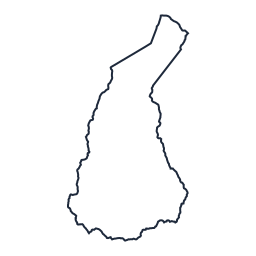 Chorrochó, Bahia, Brazil
{"feature_id": "56859067B48761296402275", "entity_name": "Chorrochó", "entity_type": "district", "adm_level": 2, "iso_a3": "BRA", "parent_name": "Brazil", "parent_adm1": "Bahia", "projection": "albers", "projection_center": [-39.189, -9.189], "detail": "fine", "context": "isolated", "style": "outline", "palette": "slate", "viewbox_px": 256, "rotation_deg": 0, "n_neighbors": 0, "source": "geoboundaries", "source_scale": "gbopen_adm2", "svg_char_len": 5849}
<svg xmlns="http://www.w3.org/2000/svg" viewBox="0 0 256 256"><path d="M160.8,15.6L160.7,16.6L160.6,17.4L160.4,18.1L159.8,20.1L159.5,21.1L159.2,21.9L159.1,22.6L158.4,24.4L158.0,25.1L157.4,25.8L156.8,26.4L156.7,27.4L156.5,28.5L156.1,29.6L150.9,43.3L145.4,46.7L111.3,66.9L110.7,67.5L111.0,69.0L111.9,69.9L112.3,71.1L112.1,72.2L111.9,74.5L111.9,76.1L112.1,76.9L112.2,77.9L112.0,78.9L110.6,81.5L110.4,82.2L110.0,82.8L109.4,83.4L108.6,83.9L108.2,85.0L108.2,86.2L108.4,87.3L108.4,88.3L108.2,89.1L107.2,89.5L106.2,90.0L105.5,90.9L104.5,91.8L103.8,92.3L103.1,92.4L102.2,93.0L101.4,93.9L99.9,96.3L99.7,97.4L99.5,98.7L98.5,101.0L97.8,103.3L97.3,104.3L97.1,104.9L96.8,106.4L96.7,107.4L96.8,108.4L95.8,108.8L95.3,109.5L94.8,110.4L94.3,111.1L93.9,112.0L93.5,113.1L93.6,114.3L93.4,115.4L92.6,116.2L92.5,117.2L92.9,118.0L93.1,118.8L92.8,119.7L92.0,120.0L90.5,120.3L89.8,121.3L89.3,122.4L88.8,123.3L88.4,124.8L88.2,125.7L88.6,126.3L88.8,127.3L88.9,128.3L88.7,129.5L88.4,130.8L88.8,131.6L88.7,133.3L88.4,134.0L87.8,134.4L86.9,135.2L86.5,136.3L85.9,136.9L86.3,137.9L86.6,139.0L86.9,139.9L87.5,140.9L88.1,141.7L88.0,142.5L87.6,143.3L87.5,144.3L87.9,145.4L87.9,146.5L88.2,147.3L88.5,148.3L88.6,149.4L88.6,150.6L89.4,151.8L89.2,152.5L88.5,152.8L87.8,153.1L87.5,154.2L88.0,155.2L87.5,156.0L87.0,157.3L86.7,158.3L85.8,158.9L84.9,159.4L83.7,159.7L81.8,159.9L81.2,160.4L81.2,161.1L80.7,162.0L80.2,162.8L80.9,164.8L80.0,165.9L79.5,167.1L79.0,167.9L78.6,168.6L77.6,169.4L77.2,170.2L77.3,171.2L77.6,171.8L77.8,172.5L77.9,173.3L78.1,174.1L78.2,175.1L78.0,176.2L78.2,177.0L78.5,177.7L78.4,178.6L78.1,179.5L77.4,181.3L77.3,182.4L76.7,184.1L76.8,185.0L77.6,186.6L77.7,187.7L77.6,188.8L77.7,189.8L78.0,191.0L77.4,193.0L77.0,193.7L76.4,194.2L75.2,194.4L74.0,194.6L72.8,195.0L70.9,194.4L70.3,194.8L70.1,195.7L69.6,196.4L69.5,197.4L69.5,198.2L68.9,198.7L68.5,199.8L68.7,200.9L68.6,201.6L68.3,202.3L68.3,203.7L68.0,204.8L68.0,205.8L68.0,206.9L68.6,207.7L69.5,208.0L70.1,208.7L70.4,209.6L70.7,210.4L70.8,211.2L71.8,212.2L72.5,213.2L73.3,213.6L74.2,214.1L76.2,215.7L76.1,216.7L75.9,217.4L75.5,218.0L75.9,218.6L75.6,219.6L75.9,220.6L76.5,221.8L77.1,222.4L77.2,223.9L78.1,224.6L79.1,224.3L79.9,224.5L80.8,224.2L81.6,224.3L82.4,224.2L83.2,225.0L83.8,226.2L84.5,227.2L85.1,227.8L85.9,228.5L86.4,229.4L87.1,230.1L87.7,231.0L88.0,231.7L88.4,232.4L89.0,233.2L89.7,232.3L90.5,231.7L91.3,231.5L91.7,230.8L91.8,230.0L92.4,229.6L93.2,229.6L94.1,229.8L94.8,229.2L95.9,228.4L98.6,229.1L99.3,229.5L100.0,230.0L100.8,230.8L101.6,231.5L102.0,232.4L103.0,234.0L103.6,234.3L104.2,234.9L104.8,235.6L105.4,236.0L106.4,236.9L106.8,237.9L107.8,238.1L108.5,238.0L109.6,237.5L110.6,237.2L110.9,238.0L111.4,238.5L112.1,239.4L112.8,239.1L114.6,238.6L115.5,238.6L117.3,238.2L118.2,238.1L119.3,238.0L120.4,238.1L121.0,238.4L121.8,238.2L122.6,238.3L123.3,238.8L123.8,239.3L124.3,240.0L125.1,240.6L126.3,240.2L127.6,239.8L128.4,239.3L129.5,239.4L130.8,239.2L132.3,239.3L133.4,238.7L134.5,238.9L135.3,239.3L136.4,239.3L137.0,238.9L137.6,238.2L138.3,237.6L139.4,237.0L140.4,236.5L140.9,235.6L140.6,234.6L140.7,233.5L141.1,232.5L142.0,231.8L142.3,230.9L142.6,230.0L143.3,229.7L144.6,229.8L145.7,229.7L146.2,228.5L147.0,228.5L147.7,228.8L148.9,228.7L150.0,228.2L151.0,228.3L152.0,228.1L153.0,228.0L154.1,228.0L154.7,227.5L155.3,226.5L156.1,226.3L157.4,223.6L157.8,222.6L158.1,221.6L158.9,221.2L159.8,220.5L160.9,220.3L161.8,220.3L162.9,220.8L163.6,221.6L164.1,222.4L164.8,221.9L165.6,221.6L166.5,221.5L166.9,220.6L168.0,220.3L168.8,220.5L169.4,221.0L169.9,221.8L170.8,221.5L171.7,221.1L172.8,221.4L173.7,221.7L174.7,221.6L175.3,222.5L176.1,222.1L176.7,221.6L177.0,220.7L177.1,219.5L177.8,218.8L178.4,218.1L179.0,217.3L178.8,216.5L178.8,215.7L179.2,214.9L179.5,213.6L180.3,212.8L180.4,211.8L180.2,211.0L180.2,210.3L180.2,208.9L180.2,207.7L180.8,206.8L181.0,206.0L181.4,205.2L181.3,204.2L181.9,203.6L182.7,203.7L183.5,203.5L183.5,202.6L183.8,201.8L184.0,200.7L184.5,200.0L185.2,199.5L185.4,198.5L185.7,197.5L186.2,196.9L186.9,196.0L186.7,194.9L187.1,194.0L187.6,193.2L187.5,192.2L186.9,191.2L186.5,190.3L185.9,189.5L184.9,188.7L184.0,188.3L183.7,187.4L183.7,186.6L183.6,185.8L183.8,184.9L183.3,184.2L182.3,182.7L181.3,182.5L180.6,181.7L180.1,180.6L180.1,179.5L179.6,178.6L179.0,177.6L178.3,176.8L177.9,175.3L177.3,174.3L176.4,172.1L175.8,171.5L175.2,171.0L173.4,169.3L172.8,168.5L171.6,168.6L170.6,168.6L170.5,167.7L169.9,167.0L169.6,166.3L169.0,164.8L168.9,163.7L168.1,162.8L167.4,160.7L167.1,159.9L166.9,158.8L166.7,158.0L166.2,157.1L165.3,155.5L165.3,154.6L165.3,153.7L164.9,152.8L164.0,151.5L163.6,150.7L163.9,149.9L164.0,148.9L163.9,147.8L163.5,147.1L163.0,144.0L162.5,143.4L161.9,142.9L161.2,141.9L161.0,141.1L161.2,139.0L160.2,138.2L158.7,138.3L157.9,137.9L157.4,137.2L157.6,136.2L158.0,135.1L157.8,133.9L156.7,131.6L156.7,130.6L156.8,129.9L157.0,128.6L157.1,127.5L157.8,126.8L158.9,126.1L159.6,125.6L160.0,124.8L160.4,123.6L160.2,122.6L159.4,122.2L159.0,121.4L159.6,119.6L159.9,118.8L160.4,117.4L160.4,116.4L160.5,115.7L160.6,114.6L160.6,113.5L160.1,112.7L159.6,111.6L159.4,110.4L159.0,109.7L158.9,108.7L159.0,107.7L158.7,106.3L158.4,105.0L157.9,104.4L156.6,103.7L155.5,102.9L153.2,101.9L152.4,101.3L151.9,100.4L152.1,99.5L152.0,98.6L151.1,97.5L150.3,97.0L149.7,96.3L150.0,95.2L150.5,94.1L151.1,93.3L151.9,92.6L152.2,92.0L152.3,90.6L152.3,89.6L151.8,88.8L151.8,88.0L152.4,87.2L152.9,86.4L153.0,85.6L181.0,49.4L180.5,48.5L180.4,47.5L180.7,46.5L181.3,45.2L182.2,44.6L182.9,43.8L183.2,43.1L183.7,42.5L184.4,41.3L184.6,40.2L185.2,39.6L185.4,38.9L185.4,38.0L185.6,37.1L185.5,36.1L186.2,35.7L186.5,34.9L187.2,34.1L188.0,33.3L187.3,32.6L185.7,31.1L184.9,30.5L182.9,30.6L182.2,30.3L180.9,28.2L180.1,27.1L179.4,25.0L178.6,24.0L176.8,22.4L175.2,21.6L174.0,21.2L173.1,20.6L170.9,19.0L170.4,17.9L169.5,17.0L168.5,16.3L167.5,15.9L166.2,15.6L163.8,15.6L162.1,15.4L160.8,15.6Z" fill="none" stroke="#1e293b" stroke-width="2"/></svg>